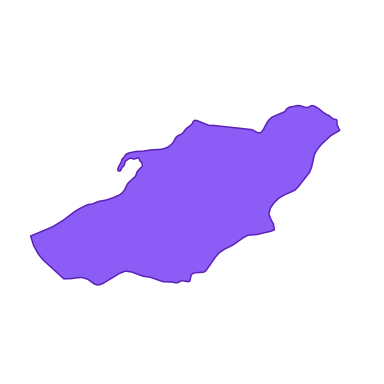 the Province of Tébessa, rotated 44°
{"feature_id": "DZA-2223", "entity_name": "Tébessa", "entity_type": "Province", "adm_level": 1, "iso_a3": "DZA", "parent_name": "Algeria", "parent_adm1": "", "projection": "albers", "projection_center": [7.688, 35.056], "detail": "fine", "context": "isolated", "style": "filled", "palette": "violet", "viewbox_px": 384, "rotation_deg": 44, "n_neighbors": 0, "source": "natural_earth", "source_scale": "10m", "svg_char_len": 2667}
<svg xmlns="http://www.w3.org/2000/svg" viewBox="0 0 384 384"><g transform="rotate(44 192 192)"><path d="M234.8,275.5L233.7,276.5L221.1,282.4L215.6,286.4L204.1,291.5L199.0,295.2L196.4,300.9L191.4,319.9L190.2,322.5L188.6,324.5L186.0,325.9L177.6,327.2L172.4,329.8L168.8,333.6L165.5,338.0L160.2,343.5L132.0,344.3L124.5,343.4L115.4,340.6L106.5,335.8L115.8,314.0L118.9,302.4L121.2,287.4L122.6,282.3L125.2,274.8L125.9,273.3L126.4,272.5L128.1,270.8L128.6,270.0L131.2,263.9L136.1,257.0L138.6,252.3L141.6,245.1L142.0,243.8L142.3,241.9L142.3,239.6L142.2,238.2L142.0,237.1L140.0,231.0L139.9,230.2L139.8,229.4L140.4,220.7L140.2,219.5L139.9,218.5L139.5,217.8L138.8,216.4L138.6,215.6L138.4,214.8L138.3,214.0L138.2,213.1L138.4,209.4L138.3,208.5L138.0,207.8L137.5,207.1L136.9,206.6L136.2,206.1L135.3,205.9L133.5,205.8L132.7,205.7L130.6,204.7L130.0,204.7L129.3,205.3L128.7,206.3L127.8,208.1L127.0,209.0L126.2,209.4L125.4,209.6L124.7,210.0L124.2,210.6L123.7,211.5L123.3,212.7L122.8,215.7L122.8,216.8L123.2,217.4L123.6,218.0L124.1,218.6L124.4,219.3L124.6,220.1L124.7,221.0L124.8,223.6L125.1,224.4L125.6,225.8L125.7,226.6L125.3,227.4L124.2,228.0L123.5,227.8L122.9,227.4L121.6,224.5L121.1,223.0L120.8,221.3L120.6,220.6L120.0,219.1L119.2,217.8L119.0,217.0L118.9,216.1L118.9,214.3L118.8,213.4L118.7,212.6L118.4,211.8L118.3,211.0L118.6,209.7L119.5,207.7L123.9,201.3L127.9,197.3L132.6,191.0L140.5,182.3L142.3,179.2L143.6,176.0L144.2,171.8L143.9,168.8L143.1,166.1L142.5,163.6L142.8,161.0L144.2,157.9L144.4,155.2L144.0,152.8L143.8,150.4L144.7,145.0L144.7,142.6L144.0,140.8L143.9,139.0L145.6,137.3L158.0,132.3L161.2,129.2L191.4,105.8L193.4,104.9L195.6,104.5L197.7,103.8L199.9,102.3L200.3,100.0L199.8,97.0L197.8,90.3L197.3,86.7L197.6,82.4L202.6,70.5L203.0,69.2L202.5,67.3L202.5,66.3L202.5,65.8L203.1,63.2L205.7,59.8L207.0,57.6L207.9,56.5L208.4,56.0L209.7,54.9L214.7,52.4L215.8,51.4L216.4,50.8L216.7,50.2L217.1,49.4L217.6,47.7L217.9,46.9L218.6,46.3L219.4,45.7L220.9,45.0L225.4,44.0L231.0,43.6L235.1,42.7L236.6,42.1L237.4,41.8L242.2,41.5L243.1,41.2L244.3,40.5L244.6,40.3L245.1,39.8L245.7,39.7L246.5,39.8L248.1,41.6L249.4,42.6L250.4,43.1L255.4,45.1L252.7,55.2L252.0,68.0L252.6,74.8L254.2,80.4L260.7,90.9L262.9,96.1L263.4,101.1L264.8,114.5L264.8,119.2L260.2,130.6L258.8,136.2L258.5,142.1L259.4,148.7L262.5,154.4L267.5,156.8L272.9,158.5L277.5,162.0L276.2,165.1L268.3,177.4L262.2,184.3L260.5,190.0L258.2,201.9L255.1,210.5L253.8,216.7L254.1,222.7L256.7,238.9L256.3,241.1L255.3,242.5L255.1,242.8L250.9,247.3L249.3,249.7L249.0,252.2L252.4,257.6L251.4,259.4L246.7,262.4L245.9,263.7L245.0,266.5L244.4,267.6L243.3,268.7L240.2,270.6L234.8,275.5Z" fill="#8b5cf6" stroke="#5b21b6" stroke-width="1.5"/></g></svg>